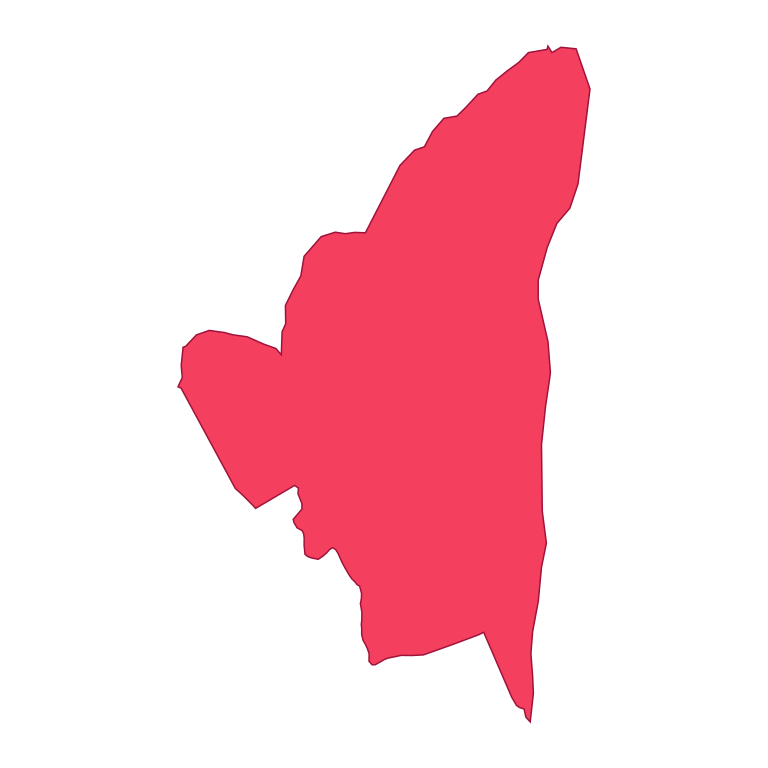 Ajaokuta, Kogi, Nigeria (Equal Earth projection)
{"feature_id": "59680162B23949108035203", "entity_name": "Ajaokuta", "entity_type": "district", "adm_level": 2, "iso_a3": "NGA", "parent_name": "Nigeria", "parent_adm1": "Kogi", "projection": "equal_earth", "projection_center": [6.529, 7.503], "detail": "fine", "context": "isolated", "style": "filled", "palette": "rose", "viewbox_px": 768, "rotation_deg": 0, "n_neighbors": 0, "source": "geoboundaries", "source_scale": "gbopen_adm2", "svg_char_len": 1728}
<svg xmlns="http://www.w3.org/2000/svg" viewBox="0 0 768 768"><path d="M178.0,386.8L181.1,388.2L235.4,488.6L239.4,492.1L243.9,496.3L253.1,505.6L255.6,508.4L294.6,485.4L298.4,488.1L298.0,493.8L301.9,503.6L301.9,509.1L293.2,519.4L294.1,522.9L297.1,527.8L302.2,530.7L303.7,534.1L304.2,538.3L304.1,545.3L305.0,554.3L307.5,556.4L311.1,557.8L318.2,559.3L322.3,556.6L326.4,553.1L329.4,549.7L332.6,547.7L335.7,549.6L338.0,553.3L340.5,558.9L342.0,562.3L345.0,567.9L349.4,575.4L352.0,579.1L355.0,581.9L357.1,584.7L359.6,586.1L361.5,593.1L361.5,597.3L361.0,600.7L360.4,603.5L361.2,608.2L361.9,612.6L361.8,620.2L361.3,624.4L361.7,628.5L361.7,634.8L363.1,640.4L365.1,643.8L367.2,648.1L369.1,653.6L369.0,661.3L372.1,664.8L375.1,664.8L384.8,659.3L388.4,658.0L395.0,656.7L401.1,655.4L403.8,655.4L411.8,655.5L423.4,654.9L452.1,644.7L479.0,634.6L483.7,632.3L490.4,647.8L511.6,697.0L516.5,705.4L519.5,707.5L524.1,709.0L525.9,717.2L530.2,721.9L533.4,693.2L532.6,675.7L530.9,653.7L532.6,631.8L538.3,601.2L541.5,567.2L546.4,543.1L542.3,511.4L542.2,504.5L541.5,444.6L545.6,405.9L549.5,379.6L550.4,372.3L548.0,341.7L538.2,299.0L538.2,280.3L547.2,247.5L556.9,223.4L569.9,208.1L578.0,184.0L590.0,89.0L576.1,48.8L560.9,47.3L552.0,52.6L547.9,46.1L547.1,49.4L528.4,52.6L518.7,62.5L508.1,70.2L495.9,80.0L487.0,91.0L478.0,94.2L465.8,107.4L456.9,116.1L443.9,118.3L432.5,131.5L424.4,146.8L414.6,150.1L400.0,165.4L365.4,232.8L354.7,232.4L345.4,233.7L335.2,232.2L321.2,236.6L304.1,256.3L300.8,276.0L293.5,289.1L285.4,305.5L285.7,323.6L282.1,331.8L281.3,354.8L275.9,348.5L263.4,344.0L247.2,336.8L232.9,334.8L224.7,332.6L209.3,330.4L196.4,334.9L185.7,346.3L183.1,347.2L181.2,365.5L182.3,377.5L178.0,386.8Z" fill="#f43f5e" stroke="#9f1239" stroke-width="1.5"/></svg>